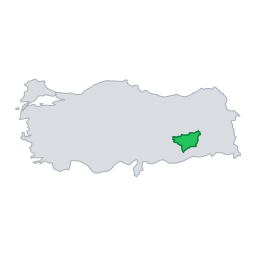 where Diyarbakir sits in Turkey
{"feature_id": "TUR-2309", "entity_name": "Diyarbakir", "entity_type": "Province", "adm_level": 1, "iso_a3": "TUR", "parent_name": "Turkey", "parent_adm1": "", "projection": "equal_earth", "projection_center": [40.236, 38.057], "detail": "fine", "context": "in_parent", "style": "filled", "palette": "green", "viewbox_px": 256, "rotation_deg": 0, "n_neighbors": 0, "source": "natural_earth", "source_scale": "10m", "svg_char_len": 4823}
<svg xmlns="http://www.w3.org/2000/svg" viewBox="0 0 256 256"><path d="M201.1,88.1L204.7,89.4L205.9,88.4L209.2,88.5L212.2,89.2L213.8,87.1L215.9,87.4L216.3,88.4L217.3,88.8L220.4,91.6L220.1,91.9L220.8,92.9L223.5,93.6L223.8,95.0L225.9,97.0L227.0,100.2L226.4,102.5L225.3,103.9L227.0,108.7L226.5,109.4L229.7,111.0L233.8,110.7L235.1,111.4L239.1,115.2L240.1,116.7L237.4,114.9L235.9,116.5L235.2,120.2L230.9,120.9L231.6,123.4L232.8,124.5L232.4,126.9L232.7,127.8L234.0,129.4L233.8,131.5L234.4,133.7L234.4,136.4L236.2,137.2L235.4,138.4L233.5,143.9L233.7,144.3L235.0,144.4L238.1,147.0L237.6,147.8L238.0,151.3L240.6,153.6L240.2,154.7L240.3,155.9L238.4,155.4L234.6,158.5L234.2,158.4L233.6,157.3L233.5,154.2L232.5,153.4L231.3,153.2L229.2,154.6L227.3,154.6L225.4,154.3L220.3,152.4L218.5,153.0L216.5,152.3L212.8,156.1L211.6,156.4L211.0,154.5L209.7,153.5L208.0,154.9L201.5,156.7L198.5,157.1L194.9,156.4L191.9,156.6L183.6,160.9L175.7,163.2L168.6,163.0L164.8,160.3L161.8,159.7L152.7,163.8L148.3,163.6L146.8,162.0L143.4,161.3L142.7,162.9L141.9,166.7L143.0,170.3L141.1,170.5L139.9,171.3L139.5,173.9L137.7,175.0L137.1,176.6L136.8,176.7L134.0,175.3L134.8,174.0L133.1,169.1L134.0,167.5L137.8,163.5L137.7,161.2L136.2,159.6L131.5,162.5L131.0,163.6L129.9,164.5L128.2,164.9L120.0,161.0L115.1,164.4L110.9,169.3L107.7,171.1L98.5,172.5L96.8,173.4L93.7,172.4L91.9,171.1L87.8,165.5L79.9,161.3L71.5,160.3L70.7,161.4L70.2,165.7L68.7,169.7L68.0,170.1L66.2,169.1L59.6,171.5L54.1,168.8L53.2,167.7L52.2,163.0L51.3,162.7L50.4,163.3L49.5,163.3L45.6,161.3L43.5,161.1L42.1,163.1L39.9,163.9L39.9,163.4L40.8,162.1L37.4,162.3L35.6,163.3L33.2,162.7L33.4,162.2L35.4,161.5L39.9,160.8L42.9,157.7L32.2,157.8L31.1,158.5L31.1,156.9L31.7,156.1L34.6,155.6L34.5,154.2L32.8,152.8L31.0,152.0L30.3,148.6L29.4,147.8L29.6,147.3L31.4,146.7L31.9,144.3L31.7,142.7L28.3,141.4L27.5,141.6L26.8,140.2L25.4,139.3L24.1,140.1L20.8,138.1L21.5,136.6L22.4,136.7L22.6,135.5L22.0,133.6L22.2,132.7L22.9,132.4L23.8,132.6L24.6,133.7L24.5,135.9L25.4,137.2L26.1,135.9L27.6,136.6L30.5,135.9L31.1,135.3L29.0,135.4L28.3,134.9L26.8,131.3L28.6,130.3L29.9,128.6L27.7,127.4L28.3,125.0L26.4,122.3L29.3,118.8L29.2,118.3L28.4,118.1L19.9,119.5L19.8,118.0L20.6,116.6L20.7,113.3L21.2,111.5L22.8,110.9L24.9,108.3L28.2,105.1L31.4,105.2L32.7,104.3L34.6,104.3L35.1,105.5L36.7,106.4L39.7,106.2L41.2,105.4L39.9,103.9L41.6,103.4L42.9,103.8L42.1,105.5L42.5,105.6L46.3,105.1L50.3,105.5L54.7,105.3L55.3,104.8L52.3,103.1L54.4,101.6L55.5,101.3L64.8,100.0L64.9,99.6L59.3,98.9L56.4,96.9L55.7,95.8L56.4,93.2L57.1,92.6L59.1,92.5L66.0,93.6L71.0,92.9L76.3,94.7L81.5,94.3L82.6,93.5L84.0,91.1L91.5,87.0L94.2,84.8L105.7,80.7L122.6,81.4L125.7,79.8L127.4,80.3L126.9,81.4L126.9,82.4L128.9,84.8L131.9,86.3L136.1,85.1L137.6,85.5L139.0,89.4L141.6,91.8L142.8,91.9L144.5,90.6L146.0,90.4L148.5,91.7L149.3,93.1L157.4,94.7L159.1,95.9L164.6,97.1L176.8,94.3L181.2,96.2L185.0,96.8L186.6,96.5L191.5,94.3L193.0,93.0L196.1,92.0L200.0,89.5L201.1,88.1ZM44.6,81.2L44.1,82.9L44.8,84.8L46.3,87.5L48.0,88.8L56.0,92.4L54.7,95.8L52.6,96.3L45.6,94.7L42.6,96.1L40.6,95.7L37.6,96.4L36.7,98.4L34.5,100.7L28.7,103.6L23.1,109.4L21.6,110.1L22.4,108.2L22.4,106.5L24.8,104.5L28.1,102.9L29.0,101.7L21.0,101.9L20.3,100.1L21.2,99.8L24.0,96.6L24.3,95.4L24.3,92.3L27.6,90.5L27.9,89.8L27.6,86.8L24.7,85.0L24.8,84.2L27.0,83.4L28.3,81.3L31.5,80.8L33.0,79.8L35.8,79.3L39.0,81.9L43.0,80.9L44.6,81.2ZM18.9,109.2L16.2,109.7L15.4,109.2L16.3,108.3L18.4,107.6L19.0,108.6L18.9,109.2Z" fill="#d9dde1" stroke="#a8b0b8" stroke-width="1"/><path d="M198.4,130.9L199.0,131.7L199.8,132.3L199.9,132.9L199.8,133.5L199.9,133.9L200.3,134.1L200.3,134.6L199.9,134.8L199.5,134.9L199.1,135.0L198.5,135.3L198.3,135.7L198.2,136.3L197.9,137.1L197.8,138.0L197.9,139.7L197.9,140.6L197.7,141.0L197.5,141.3L196.9,143.2L196.4,143.8L195.9,144.2L195.8,144.6L195.9,145.0L196.0,145.6L196.2,146.1L195.5,146.5L191.3,146.4L190.0,146.7L189.9,147.0L189.3,147.8L188.3,147.9L187.0,148.9L186.4,149.2L185.1,150.1L184.6,150.6L183.4,152.2L182.9,151.6L182.5,150.7L182.1,149.5L182.0,149.2L181.9,148.8L181.7,147.6L181.8,145.9L181.6,145.5L181.4,145.5L181.2,145.3L180.9,145.0L180.6,144.9L180.5,145.1L180.3,145.3L179.8,145.0L179.3,144.6L178.9,144.4L178.5,144.3L177.8,143.6L177.1,142.8L176.4,142.5L175.7,142.4L174.7,142.3L173.8,141.7L174.2,141.4L174.3,141.2L174.2,141.0L174.5,140.4L174.6,140.0L174.6,139.6L174.2,139.2L173.2,139.6L172.9,139.4L173.3,138.0L173.3,137.6L173.2,137.3L172.9,137.0L174.6,136.7L175.6,137.0L176.6,137.1L177.1,136.9L178.0,136.7L178.3,136.5L179.2,136.5L180.1,136.5L180.5,136.4L180.9,136.1L181.2,135.6L181.5,135.1L181.6,134.6L182.2,134.5L182.4,134.7L182.9,135.0L183.0,135.1L187.0,134.9L188.4,134.9L188.9,134.7L189.2,134.2L189.2,133.7L189.3,133.2L189.9,132.9L191.1,132.7L191.5,132.8L192.1,132.9L194.1,133.0L194.9,132.8L196.3,131.9L197.8,131.3L198.4,130.9Z" fill="#22c55e" stroke="#15803d" stroke-width="1.5"/></svg>